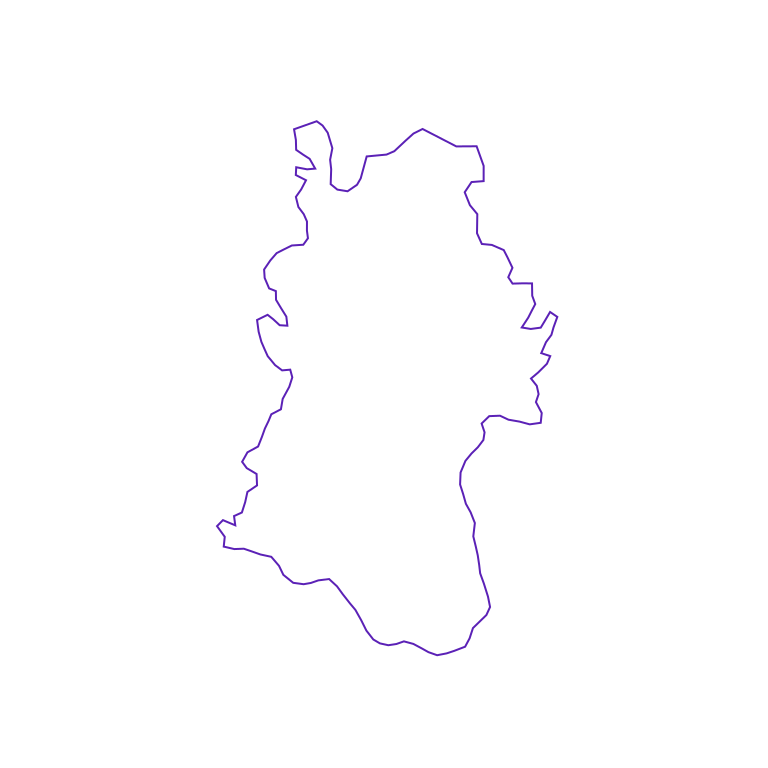 the district of Grupiara, Minas Gerais, Brazil, rotated 48°
{"feature_id": "56859067B48235881193791", "entity_name": "Grupiara", "entity_type": "district", "adm_level": 2, "iso_a3": "BRA", "parent_name": "Brazil", "parent_adm1": "Minas Gerais", "projection": "albers", "projection_center": [-47.765, -18.488], "detail": "fine", "context": "isolated", "style": "outline", "palette": "violet", "viewbox_px": 768, "rotation_deg": 48, "n_neighbors": 0, "source": "geoboundaries", "source_scale": "gbopen_adm2", "svg_char_len": 2337}
<svg xmlns="http://www.w3.org/2000/svg" viewBox="0 0 768 768"><g transform="rotate(48 384 384)"><path d="M397.6,611.9L406.5,605.7L412.6,598.4L419.9,594.3L428.0,589.9L437.0,583.4L448.9,583.7L458.5,586.5L471.0,584.5L479.0,577.7L482.9,571.5L486.0,564.2L492.2,555.3L502.9,554.3L512.5,555.3L524.3,556.1L532.7,556.4L544.3,559.0L555.5,562.1L566.7,562.9L574.0,560.6L581.0,555.6L585.5,548.8L588.6,541.4L596.8,536.1L605.9,532.8L613.0,530.4L621.1,526.0L626.1,517.7L629.3,510.4L633.5,499.5L630.3,490.6L624.9,481.2L624.2,462.5L620.7,454.4L611.6,449.0L599.1,443.3L589.0,439.2L582.1,434.3L574.1,429.0L566.3,424.6L557.0,419.6L548.1,409.5L537.4,405.5L527.8,403.3L518.9,398.9L509.6,394.7L501.0,386.3L495.6,374.9L494.2,365.5L493.8,356.6L492.1,347.6L487.2,341.6L478.7,337.9L478.3,327.3L485.2,319.0L493.8,315.4L502.7,308.4L511.5,302.7L517.7,293.5L511.1,286.2L499.1,283.2L495.0,275.9L487.6,271.7L478.3,271.1L478.6,261.7L478.0,249.4L474.5,241.8L466.3,246.5L461.3,235.6L459.5,226.7L455.4,220.2L450.1,210.3L441.6,212.4L444.7,222.2L447.0,229.8L441.3,238.1L434.2,243.8L431.2,232.4L428.5,225.4L425.8,218.1L417.6,214.8L408.3,206.7L402.3,213.2L395.4,221.3L387.8,220.2L383.6,210.8L372.5,207.5L364.6,205.4L352.8,210.8L345.4,217.6L334.2,214.0L320.2,201.0L308.6,200.5L295.5,195.7L292.5,183.8L299.9,174.2L288.6,164.0L269.3,156.1L255.8,171.3L220.3,184.7L217.6,194.5L217.6,205.4L217.9,220.5L215.2,228.6L203.3,244.6L215.6,263.7L217.9,270.7L216.4,282.1L208.3,288.6L199.8,289.9L189.0,279.5L181.3,274.0L174.2,264.6L159.6,257.7L150.8,256.7L143.7,258.2L134.5,280.4L143.7,286.2L151.2,292.6L159.2,290.7L166.9,288.6L177.9,291.0L173.0,297.5L164.2,304.2L169.7,309.7L180.4,305.6L184.0,315.4L186.0,324.3L195.2,329.2L204.1,330.0L211.7,332.5L218.4,338.6L224.8,343.0L226.5,350.8L219.4,359.8L216.9,368.7L214.9,376.2L216.1,385.8L218.7,396.5L225.3,401.7L236.1,405.4L242.6,402.2L249.2,407.9L259.0,409.8L268.6,411.5L276.0,416.8L270.5,422.2L261.7,423.0L254.7,424.2L251.5,435.5L261.3,442.2L270.6,446.9L278.3,449.5L285.5,451.8L297.1,452.3L305.7,450.6L310.6,444.1L317.7,447.7L322.7,456.3L327.3,469.3L333.8,477.5L331.1,488.0L334.3,494.7L337.4,502.3L341.6,510.1L346.2,519.4L343.4,531.2L346.9,541.5L354.7,542.3L365.6,538.9L374.4,546.2L372.8,557.7L378.9,566.2L384.4,575.6L381.8,583.8L389.5,589.1L377.4,594.8L377.9,603.2L391.0,604.6L397.6,611.9Z" fill="none" stroke="#5b21b6" stroke-width="2"/></g></svg>